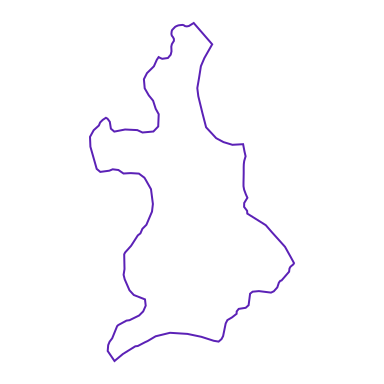 the district of Chinautla, Guatemala
{"feature_id": "79465075B40156667013427", "entity_name": "Chinautla", "entity_type": "district", "adm_level": 2, "iso_a3": "GTM", "parent_name": "Guatemala", "parent_adm1": "", "projection": "albers", "projection_center": [-90.5, 14.736], "detail": "fine", "context": "isolated", "style": "outline", "palette": "violet", "viewbox_px": 384, "rotation_deg": 0, "n_neighbors": 0, "source": "geoboundaries", "source_scale": "gbopen_adm2", "svg_char_len": 2025}
<svg xmlns="http://www.w3.org/2000/svg" viewBox="0 0 384 384"><path d="M294.0,263.1L290.7,257.0L285.0,246.8L271.7,232.0L265.8,225.2L247.3,213.6L247.1,210.8L244.1,206.9L244.2,203.0L245.9,200.2L247.4,197.8L245.8,194.2L244.1,189.6L243.5,186.2L243.5,182.7L243.6,178.2L243.7,172.8L243.7,167.2L243.8,164.2L244.2,161.0L245.6,156.3L244.5,151.5L243.1,144.2L232.4,144.8L223.5,142.1L216.2,138.2L206.1,127.3L202.4,113.0L198.3,96.2L197.3,88.1L199.1,77.6L200.9,66.2L204.4,58.0L212.2,44.3L193.7,23.0L188.9,26.0L186.8,26.4L185.0,26.1L183.7,25.2L182.5,24.9L179.6,25.2L178.3,25.4L176.3,26.2L175.1,26.9L172.2,29.9L171.7,31.2L171.4,33.9L171.8,35.6L173.0,37.2L173.9,38.9L173.9,40.9L172.8,42.6L171.9,44.1L171.3,46.6L171.4,48.8L171.5,51.4L170.7,54.7L167.9,58.0L162.2,58.8L160.1,57.9L158.6,57.1L157.9,58.2L156.8,59.8L153.9,66.3L152.5,67.7L147.0,73.1L143.9,79.2L144.7,88.3L148.8,95.4L153.1,100.7L155.7,108.8L158.7,114.2L158.2,126.5L153.4,131.5L142.5,132.5L137.3,130.1L125.1,129.5L114.3,131.6L110.9,128.7L109.8,121.8L107.5,118.7L105.9,117.8L102.7,119.9L100.1,122.5L98.9,125.5L93.7,130.2L90.0,136.9L90.4,146.7L96.7,168.9L100.3,171.9L109.3,170.7L112.7,169.3L118.4,170.0L123.5,173.5L130.6,173.1L138.9,173.6L144.4,177.7L145.8,180.0L151.0,189.2L152.9,204.0L152.0,211.6L146.4,224.8L142.4,228.8L140.4,233.4L137.8,235.4L131.1,245.8L125.1,252.5L124.2,254.3L124.3,259.3L124.5,269.1L123.6,274.8L124.7,279.3L129.5,290.3L133.8,295.0L145.0,299.4L145.7,305.7L143.2,311.4L139.1,315.5L129.5,320.2L126.5,320.6L118.2,325.1L117.1,326.2L112.2,338.3L109.6,341.7L108.2,345.1L107.7,351.0L114.5,361.0L122.9,354.0L135.3,346.3L137.8,346.0L144.9,342.3L147.7,341.0L155.6,336.3L170.0,332.8L187.4,333.9L201.3,336.8L213.8,340.8L218.6,341.6L221.5,339.1L223.1,336.1L225.7,323.4L227.4,320.1L232.0,317.4L236.6,313.8L236.7,311.4L238.7,308.9L245.7,307.8L248.6,305.2L250.1,293.7L252.6,291.7L258.9,291.1L271.0,292.6L273.8,291.3L277.3,287.4L278.9,282.6L280.3,280.8L281.5,280.5L289.1,271.7L289.5,268.5L290.5,266.7L293.4,264.3L294.0,263.1Z" fill="none" stroke="#5b21b6" stroke-width="2"/></svg>